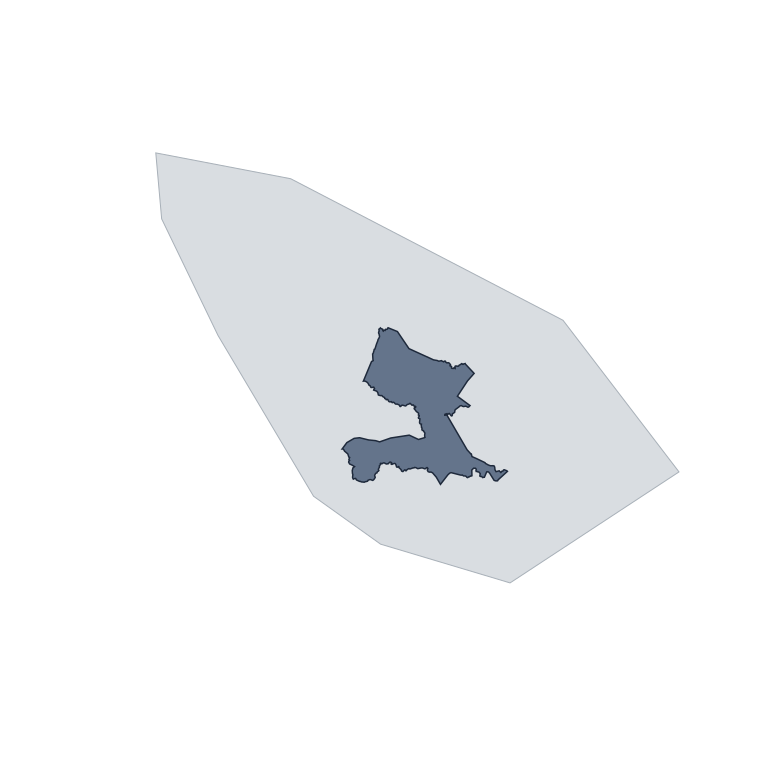 Central Forest Reserve, Soufrière, Saint Lucia shown in context, rotated 295°
{"feature_id": "8701671B48782263961868", "entity_name": "Central Forest Reserve", "entity_type": "district", "adm_level": 2, "iso_a3": "LCA", "parent_name": "Saint Lucia", "parent_adm1": "Soufrière", "projection": "orthographic", "projection_center": [-60.974, 13.868], "detail": "fine", "context": "in_parent", "style": "filled", "palette": "slate", "viewbox_px": 768, "rotation_deg": 295, "n_neighbors": 0, "source": "geoboundaries", "source_scale": "gbopen_adm2", "svg_char_len": 6280}
<svg xmlns="http://www.w3.org/2000/svg" viewBox="0 0 768 768"><g transform="rotate(295 384 384)"><path d="M517.4,519.3L429.0,688.5L257.0,582.3L237.4,448.6L252.5,367.6L357.8,213.1L439.7,112.7L497.0,79.5L530.6,212.7L517.4,519.3Z" fill="#d9dde1" stroke="#a8b0b8" stroke-width="1"/><path d="M371.7,384.3L372.1,386.1L372.6,386.8L372.6,387.0L372.0,388.4L372.0,388.9L372.0,389.9L371.9,390.3L371.2,390.8L371.1,392.2L370.7,392.7L370.8,392.9L371.4,393.4L371.5,393.9L371.1,394.5L370.6,395.1L370.2,395.8L370.2,396.5L370.4,397.2L371.1,398.0L371.1,398.3L371.0,398.6L370.6,399.0L370.6,399.4L371.5,400.4L371.4,401.2L370.7,402.8L371.0,403.8L371.4,404.5L371.4,406.4L371.1,407.3L370.5,407.8L370.4,408.2L370.8,408.6L372.2,409.1L372.5,409.4L372.8,410.3L373.1,412.5L373.4,413.0L375.2,413.7L376.6,415.3L377.3,415.5L377.5,416.0L376.6,418.3L376.8,418.7L377.4,419.1L377.4,419.4L377.0,420.4L376.5,420.9L376.2,421.3L376.5,421.7L377.0,421.9L377.0,422.1L376.8,422.4L376.3,422.5L375.6,422.3L374.9,421.6L374.5,421.7L374.2,422.0L373.8,423.0L372.9,424.6L372.6,425.6L372.3,427.2L372.1,427.6L371.6,428.0L370.4,428.3L370.3,429.2L370.0,429.4L369.7,429.5L368.5,429.3L367.8,429.5L367.5,429.9L367.7,431.0L367.6,431.3L367.3,431.4L365.4,432.0L363.9,432.6L363.3,433.3L363.2,434.1L363.4,434.9L362.2,435.2L361.5,435.8L360.6,436.2L360.1,437.1L358.9,437.5L358.3,438.1L358.1,438.4L358.4,439.1L358.4,439.5L357.8,440.1L357.0,441.6L356.6,441.9L355.2,442.3L353.9,442.9L353.0,443.7L352.4,443.3L348.3,438.7L348.3,428.5L337.9,412.9L329.7,404.5L329.1,400.3L326.8,393.7L325.0,384.6L322.1,379.9L315.2,375.1L307.4,373.5L307.8,374.4L307.4,375.4L306.5,376.6L305.3,380.8L302.9,383.0L302.9,383.9L300.7,384.1L300.2,385.1L299.2,384.7L298.2,385.0L297.0,386.6L297.0,389.4L296.7,392.2L294.8,391.3L292.1,391.8L289.6,393.2L288.7,394.1L286.2,394.9L285.5,395.5L284.8,396.4L285.8,397.2L286.4,398.2L285.4,399.6L285.4,403.0L285.7,403.6L285.7,404.9L286.7,407.7L287.5,408.3L288.2,409.3L289.0,410.2L290.0,410.2L290.6,410.8L291.4,411.6L291.7,412.5L291.8,414.4L291.9,414.6L292.9,415.1L294.2,415.4L295.6,415.5L295.9,415.4L296.6,414.5L297.2,414.2L298.5,414.1L299.8,414.4L300.5,415.2L301.7,415.0L302.6,415.7L303.2,415.9L303.5,415.9L304.2,415.0L304.6,414.9L306.6,415.0L307.0,415.0L307.7,414.4L308.5,414.5L309.4,414.9L309.8,414.9L310.4,414.3L310.6,414.4L310.8,414.6L310.9,414.9L310.9,415.9L312.2,416.7L312.3,416.9L312.7,418.0L312.5,418.5L312.5,419.9L312.7,420.4L313.2,420.8L313.3,421.4L314.9,422.0L315.8,422.4L316.0,423.3L315.9,424.1L315.6,424.4L315.3,424.4L314.8,424.1L314.6,424.1L314.4,424.4L314.4,424.9L314.6,425.3L315.2,425.7L316.4,427.0L316.6,427.4L316.6,427.7L316.5,428.0L316.1,428.7L314.2,430.4L314.1,431.0L314.3,431.3L315.4,432.2L315.2,432.6L314.5,432.9L313.9,434.9L313.5,435.8L312.7,436.5L312.5,437.0L312.6,438.1L314.8,439.0L315.0,439.2L315.0,439.7L314.6,440.6L315.9,441.0L316.5,441.5L317.3,441.8L317.9,442.4L317.9,443.4L318.9,444.4L319.2,444.8L319.3,444.8L319.8,445.3L320.4,445.9L320.5,446.5L321.0,446.9L321.4,447.1L321.7,448.6L321.5,450.1L321.6,450.5L323.5,453.0L324.0,453.9L324.2,454.5L324.3,456.6L324.7,457.3L325.6,457.8L326.1,457.8L326.5,458.5L326.0,459.5L324.5,459.6L324.0,459.9L323.2,461.1L323.3,462.3L324.1,464.0L324.0,465.6L321.7,470.7L316.9,477.6L328.8,480.3L330.9,481.2L332.0,482.2L333.8,491.8L334.2,492.9L334.6,493.4L334.3,494.9L335.0,496.5L335.0,497.5L334.4,498.7L334.5,499.4L334.8,499.6L335.6,499.9L335.9,500.6L336.5,500.8L337.0,501.4L337.5,501.6L337.6,502.2L338.0,502.5L343.1,499.9L343.4,500.1L345.1,500.6L345.7,501.0L346.0,501.9L346.3,502.4L346.3,502.7L345.6,503.7L344.5,503.9L343.7,504.5L344.1,505.2L343.9,505.7L344.2,506.4L344.3,507.3L343.9,508.0L343.6,508.8L343.3,509.2L341.7,509.5L341.0,509.9L340.9,510.4L341.4,511.4L340.9,513.1L341.6,513.7L341.9,514.4L347.8,514.2L348.1,514.5L348.1,515.0L348.4,515.4L348.4,516.0L348.3,516.5L347.9,517.0L347.9,517.3L343.2,524.5L343.4,526.1L344.0,527.5L344.4,527.9L345.3,527.9L357.0,532.8L357.3,532.0L357.1,529.2L356.9,528.9L356.2,528.6L355.2,528.5L354.8,527.7L353.2,527.3L354.0,525.1L351.9,522.6L353.2,520.8L355.1,519.7L356.2,518.7L356.1,517.5L354.9,515.0L354.7,513.0L354.9,509.5L355.4,508.8L355.5,499.5L355.4,494.4L357.4,492.8L357.2,492.6L359.5,487.1L382.3,454.3L382.3,453.8L381.4,452.3L381.8,452.1L382.4,452.1L382.6,452.2L382.8,452.5L382.7,452.8L382.8,453.2L383.5,453.3L383.8,453.6L383.5,454.7L384.6,455.3L384.9,455.5L384.8,456.1L384.3,456.8L383.6,458.3L383.6,458.7L383.8,459.0L384.1,459.1L384.6,459.1L385.9,458.6L387.4,459.6L388.3,460.0L389.7,459.5L390.8,459.4L394.9,461.6L396.0,462.0L396.6,462.5L397.1,463.2L397.0,464.7L397.2,465.7L398.4,467.3L398.5,468.4L398.4,469.5L398.5,470.0L399.2,470.6L400.8,471.1L403.9,455.7L422.2,458.4L431.7,461.2L436.6,449.0L436.8,448.9L436.0,447.8L435.3,447.5L435.1,447.2L435.1,446.9L435.4,446.1L435.4,445.9L435.0,445.6L434.2,445.3L434.0,445.0L433.4,444.7L432.7,444.1L432.0,444.1L431.6,443.9L431.4,443.3L431.1,443.0L430.8,441.6L430.3,441.0L429.7,441.0L428.4,441.9L428.1,441.9L428.5,440.8L428.2,440.5L427.6,440.4L427.4,440.3L427.2,439.6L426.9,439.1L426.9,438.7L427.1,438.3L428.0,438.0L428.4,437.8L428.5,437.2L428.3,436.5L428.4,436.1L429.6,436.1L429.8,435.9L430.0,435.2L430.5,434.2L430.5,433.6L430.4,433.0L429.8,432.3L429.7,431.7L429.9,430.8L430.6,430.1L430.6,429.7L430.4,429.3L429.6,428.9L429.3,428.7L429.4,427.8L429.2,427.2L429.5,426.3L427.8,424.0L427.8,422.3L426.8,418.7L426.6,391.7L437.2,374.0L436.7,363.9L436.4,363.8L435.4,363.9L434.9,363.6L434.6,363.3L434.4,362.6L434.2,362.3L433.1,362.4L433.1,361.8L432.9,361.5L431.6,361.0L432.0,360.3L432.4,360.1L432.8,360.0L433.1,359.6L433.0,359.1L433.1,358.7L433.0,357.9L433.3,357.0L432.6,356.9L431.8,356.3L431.3,356.3L430.7,356.8L430.2,357.0L429.4,357.3L428.9,357.2L428.0,357.5L427.5,358.0L427.1,358.6L426.4,358.9L425.6,359.7L424.8,360.0L422.9,360.0L421.9,359.8L420.6,360.1L417.2,360.3L412.6,360.9L411.5,360.9L411.2,360.5L409.5,360.9L408.9,360.9L408.3,361.1L406.9,361.2L406.4,361.0L401.2,363.8L400.8,364.3L400.6,364.3L400.0,364.0L399.3,363.3L398.9,363.2L377.9,364.1L378.3,364.7L378.5,365.4L378.6,366.7L378.5,367.7L377.9,369.3L376.6,370.9L376.6,372.0L375.9,373.0L375.5,373.4L375.4,373.7L375.6,374.3L376.0,374.9L376.7,375.7L376.8,376.1L376.6,376.4L376.4,376.5L376.0,377.2L375.8,377.4L374.7,377.1L374.1,377.2L374.4,380.2L374.2,380.9L373.6,382.0L371.7,383.5L371.7,384.3Z" fill="#64748b" stroke="#1e293b" stroke-width="1.5"/></g></svg>